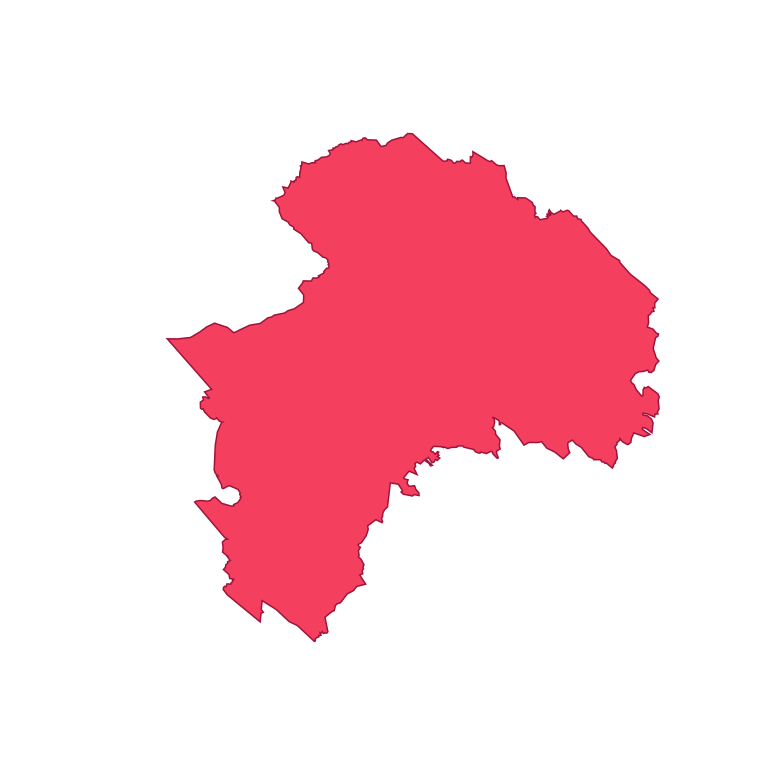 the district of "Vestre Toten" nor, Oppland, Norway, rotated 47°
{"feature_id": "86288312B46682555778915", "entity_name": "\"Vestre Toten\" nor", "entity_type": "district", "adm_level": 2, "iso_a3": "NOR", "parent_name": "Norway", "parent_adm1": "Oppland", "projection": "robinson", "projection_center": [10.584, 60.628], "detail": "fine", "context": "isolated", "style": "filled", "palette": "rose", "viewbox_px": 768, "rotation_deg": 47, "n_neighbors": 0, "source": "geoboundaries", "source_scale": "gbopen_adm2", "svg_char_len": 6170}
<svg xmlns="http://www.w3.org/2000/svg" viewBox="0 0 768 768"><g transform="rotate(47 384 384)"><path d="M211.0,219.6L208.3,224.2L200.4,223.2L194.2,229.5L191.1,229.9L189.9,231.8L190.8,233.9L189.9,234.3L187.9,239.2L183.7,242.0L184.7,242.5L183.4,244.7L183.8,246.2L182.1,247.7L180.8,251.1L179.1,251.6L178.4,253.7L178.7,255.8L177.7,257.5L177.8,259.4L176.7,260.4L177.9,261.4L175.5,265.3L178.9,266.1L179.6,267.9L178.7,271.2L175.6,275.1L175.1,279.9L173.8,281.8L174.4,283.2L175.3,283.3L173.0,285.9L171.7,289.0L165.6,292.6L168.0,295.1L167.5,296.5L169.3,297.1L171.6,301.0L175.3,304.8L173.3,306.1L173.0,307.3L174.9,309.4L174.1,310.9L175.0,312.0L172.1,313.7L173.1,314.6L175.2,320.4L170.9,323.6L176.6,325.8L177.6,328.7L175.6,334.7L174.4,336.3L175.3,337.9L174.3,340.1L175.5,339.3L183.4,340.1L186.7,343.1L193.6,345.8L200.4,343.6L203.0,344.4L207.6,343.1L209.3,344.4L217.5,342.2L229.4,342.7L231.7,340.9L236.6,344.5L238.6,344.7L242.6,342.9L249.5,342.2L251.9,340.6L255.0,340.3L256.0,341.7L258.7,342.4L258.6,343.4L260.8,344.1L261.3,345.6L260.2,347.1L260.7,351.3L261.8,352.4L260.2,358.2L261.4,358.2L261.4,359.0L260.5,361.1L258.0,363.6L259.1,367.0L253.5,372.7L254.7,375.0L255.6,381.3L264.1,382.0L269.4,387.3L267.8,398.3L264.9,404.1L264.3,408.2L258.8,417.3L258.3,420.6L256.4,423.8L255.3,433.2L249.4,442.1L244.1,458.9L235.9,459.9L224.0,466.4L221.3,474.8L220.3,483.5L218.0,493.8L210.1,504.4L203.1,511.7L270.3,513.7L267.4,520.6L275.0,521.3L275.0,522.1L271.6,523.4L269.9,525.5L272.6,527.0L272.0,530.7L276.5,534.7L278.2,534.5L278.8,533.2L281.8,534.3L290.7,534.1L293.8,532.6L294.9,530.4L294.6,529.6L299.0,529.7L301.8,528.1L301.4,529.1L305.5,538.6L313.7,549.1L331.0,566.8L334.4,568.3L337.9,568.0L337.1,569.0L346.2,571.3L349.5,573.4L350.8,573.1L352.5,567.1L353.4,566.2L361.3,562.7L365.7,563.4L366.0,564.7L369.3,565.6L368.9,566.5L370.1,567.2L371.0,572.0L369.6,576.2L370.7,577.0L369.1,579.0L360.7,584.0L351.4,584.6L350.5,587.5L350.8,590.4L349.1,593.2L344.0,597.7L341.5,601.3L341.2,603.0L387.1,605.2L390.7,604.2L389.4,606.0L389.4,610.0L393.8,613.1L396.9,616.7L403.6,615.8L403.5,616.4L408.2,616.9L407.3,619.6L408.5,620.6L408.3,622.8L409.9,625.1L410.2,628.0L417.6,627.3L421.0,629.5L424.2,627.1L424.8,628.1L424.2,628.7L425.3,630.0L425.2,631.8L425.9,632.5L423.1,635.2L424.5,637.5L423.2,638.7L423.3,640.0L424.6,641.7L431.3,642.4L473.5,636.8L467.8,630.3L468.7,628.0L465.2,627.5L459.3,620.9L475.5,616.6L493.1,615.4L501.5,612.1L524.6,610.5L525.1,609.6L523.5,608.0L523.5,606.7L524.5,604.0L523.5,603.1L524.8,601.5L522.4,600.4L523.3,600.1L523.0,598.1L525.1,598.6L525.9,596.7L527.2,595.9L526.9,594.0L514.3,586.2L514.9,577.6L515.8,574.9L512.9,570.7L512.8,567.9L514.3,564.9L512.4,554.1L514.3,547.2L513.5,541.9L517.9,533.9L507.1,532.0L508.3,529.0L505.6,527.1L505.2,525.2L503.7,524.4L502.5,521.9L496.5,520.3L493.0,520.6L492.4,519.1L488.5,516.4L487.3,512.6L485.2,513.2L483.8,512.4L484.7,508.6L482.8,500.4L479.6,494.7L476.6,492.7L477.7,482.5L484.0,480.0L483.8,478.9L480.8,477.6L479.7,475.1L477.6,472.9L476.3,469.2L476.3,465.3L460.6,446.8L467.1,441.9L474.7,443.2L474.6,445.2L477.6,445.1L485.3,439.6L485.4,437.5L489.5,434.4L487.3,432.7L482.9,432.6L479.2,431.0L475.9,435.5L472.2,434.8L470.5,431.7L467.1,433.9L466.0,433.7L464.8,425.1L472.8,421.6L466.3,419.6L465.8,417.0L463.1,415.6L463.7,413.2L467.2,411.9L467.1,406.5L472.7,405.2L475.5,405.9L476.5,404.1L467.5,404.6L467.9,401.7L474.4,402.5L475.1,400.5L474.2,397.9L476.2,397.3L476.2,393.7L473.4,394.5L473.6,392.4L471.7,392.4L471.2,390.5L470.0,390.9L470.2,394.4L467.2,394.4L465.0,395.7L463.9,394.3L463.4,390.3L468.7,385.1L471.1,383.8L470.9,383.1L474.7,381.3L476.4,377.9L479.9,373.9L479.5,372.9L480.9,370.8L483.0,368.7L484.6,368.7L493.0,363.1L495.7,363.4L498.8,362.0L500.0,361.0L500.0,359.5L504.7,356.5L506.1,351.9L507.3,351.2L509.4,352.0L515.6,351.9L515.9,350.7L511.4,348.9L509.9,347.2L510.7,343.3L507.9,341.8L503.9,337.2L496.8,336.6L494.5,334.7L489.7,334.4L490.0,333.0L487.4,329.2L485.1,327.4L482.9,327.2L483.6,326.5L489.4,324.8L492.5,327.4L493.1,326.4L491.9,326.2L492.5,324.3L507.0,320.9L524.2,323.3L525.6,317.9L531.4,311.8L533.7,308.1L541.9,308.7L550.3,305.5L561.0,303.9L560.9,295.0L557.1,293.5L552.9,290.3L552.4,289.2L553.5,284.5L558.8,284.6L564.9,282.9L576.8,283.8L580.9,281.9L582.4,282.3L587.0,277.3L589.4,277.8L590.9,276.6L592.8,276.5L593.3,275.4L601.2,274.3L600.6,272.1L599.5,271.2L599.6,269.0L598.2,266.9L597.7,264.2L591.4,259.5L587.3,258.0L587.1,254.8L585.9,253.8L585.9,250.0L584.8,248.8L589.1,248.9L594.1,247.4L594.9,246.2L595.0,243.1L592.8,240.7L590.1,234.7L599.9,229.5L602.2,224.0L593.4,226.0L592.1,224.6L595.2,222.6L602.4,221.3L596.0,213.8L592.1,212.3L587.1,213.0L583.2,215.8L582.0,214.4L585.3,211.9L592.7,208.6L590.8,206.4L592.7,204.1L591.0,203.2L589.8,199.8L583.2,194.8L581.1,191.4L577.8,190.4L566.0,192.5L565.6,195.1L564.0,195.9L564.9,198.4L568.9,202.2L568.5,203.8L560.3,203.4L554.9,201.6L552.1,202.0L549.4,201.2L547.8,193.0L549.1,188.9L551.7,185.8L553.7,181.5L556.1,182.3L558.1,180.4L557.5,179.5L558.3,177.7L555.0,171.9L554.7,167.3L550.5,167.1L541.5,162.8L535.3,153.7L535.9,151.1L534.6,149.1L532.5,150.1L527.3,149.8L522.0,152.6L519.7,148.8L514.3,144.2L514.5,141.3L513.8,139.3L514.9,136.9L511.7,135.4L513.0,133.9L509.5,131.0L508.8,125.6L499.3,126.9L496.0,125.9L489.3,126.3L471.5,129.0L455.8,128.6L454.4,127.5L444.7,130.3L436.7,129.1L413.6,129.6L408.7,128.5L399.3,128.4L398.0,127.6L395.4,129.7L392.5,128.6L390.5,130.9L383.4,130.7L381.9,131.5L380.1,135.9L377.4,136.4L377.7,137.4L375.8,144.0L372.6,144.8L369.3,144.3L370.3,146.5L373.2,146.0L374.1,147.0L373.7,147.9L371.8,147.4L371.0,149.0L372.8,149.4L372.3,150.6L373.9,150.2L374.0,151.9L370.2,157.9L366.6,157.6L365.3,158.6L365.3,159.8L362.9,158.4L362.8,156.4L361.0,156.2L357.3,152.5L355.0,152.9L352.4,151.7L344.6,153.5L338.9,159.1L340.3,160.3L336.1,161.0L335.1,162.3L316.7,154.4L312.6,150.5L306.2,147.2L302.6,151.2L300.0,152.3L293.9,153.0L293.7,154.7L291.6,155.8L274.7,160.5L277.4,162.9L278.0,165.4L276.7,165.8L281.4,170.3L277.9,173.7L273.8,173.9L273.0,175.2L273.6,176.4L270.9,178.7L271.0,181.0L270.2,182.4L266.1,182.3L263.4,183.9L262.9,184.4L263.9,185.7L261.4,188.8L220.2,192.6L216.9,196.0L216.9,202.1L215.3,203.3L211.0,212.0L210.1,217.2L211.0,219.6Z" fill="#f43f5e" stroke="#9f1239" stroke-width="1.5"/></g></svg>